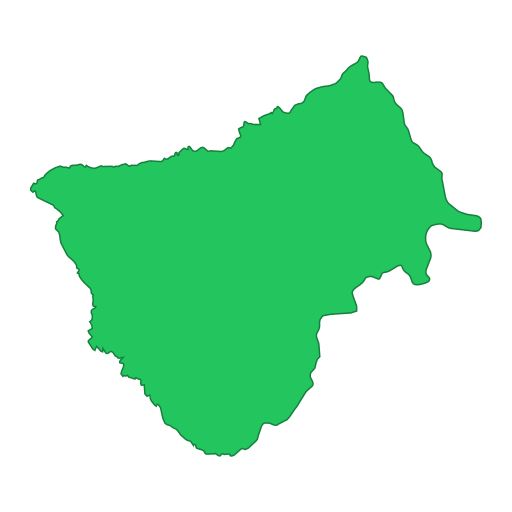 an SVG outline of Bamingui-Bangoran
{"feature_id": "CAF-806", "entity_name": "Bamingui-Bangoran", "entity_type": "Prefecture", "adm_level": 1, "iso_a3": "CAF", "parent_name": "Central African Republic", "parent_adm1": "", "projection": "robinson", "projection_center": [20.535, 8.397], "detail": "fine", "context": "isolated", "style": "filled", "palette": "green", "viewbox_px": 512, "rotation_deg": 0, "n_neighbors": 0, "source": "natural_earth", "source_scale": "10m", "svg_char_len": 5983}
<svg xmlns="http://www.w3.org/2000/svg" viewBox="0 0 512 512"><path d="M277.7,106.5L279.2,107.5L283.0,112.0L285.7,112.9L287.9,113.3L289.0,113.1L289.8,112.7L291.6,109.6L292.5,108.6L294.4,105.7L295.1,105.2L298.4,103.8L300.5,103.6L301.6,103.2L302.3,102.9L303.8,101.5L304.6,100.3L305.6,97.3L306.3,95.8L307.1,94.9L310.0,92.3L314.4,89.3L316.5,88.3L323.3,86.5L329.4,85.8L335.3,83.7L336.5,82.9L340.7,78.7L341.0,78.0L342.0,75.0L342.5,74.1L343.3,73.1L345.9,70.9L348.5,67.9L351.3,65.7L356.5,62.9L358.1,61.5L360.6,56.5L361.3,56.1L362.0,56.0L365.1,56.8L366.2,57.3L366.9,58.4L367.9,61.3L368.0,62.5L367.6,65.3L367.6,67.0L369.1,74.0L369.5,79.8L369.9,80.9L370.5,81.7L371.7,82.3L373.6,82.5L376.8,82.1L380.1,82.2L381.9,82.8L383.0,84.3L385.2,88.0L392.7,95.7L393.2,96.6L394.3,101.2L395.3,102.9L396.6,104.5L401.3,108.7L402.2,110.4L402.9,113.0L404.2,122.6L404.6,124.3L405.4,125.8L407.6,128.6L408.5,130.7L411.2,139.9L411.9,141.5L413.0,142.6L416.4,144.5L417.9,145.6L419.2,147.0L422.4,151.7L424.2,153.4L428.9,156.5L430.3,157.8L431.6,160.3L432.1,162.4L433.1,164.7L434.8,167.1L440.7,171.5L441.9,172.9L442.1,174.3L441.8,178.3L445.4,197.1L446.6,200.5L448.4,203.3L458.0,211.1L460.0,212.1L467.2,214.4L476.8,215.8L478.9,216.8L480.2,217.9L480.9,219.1L481.3,222.5L480.9,227.7L478.5,230.6L475.6,231.3L450.6,228.4L448.3,227.7L443.4,224.7L440.5,223.9L437.7,224.1L435.0,224.6L431.5,225.7L430.6,226.4L429.4,227.7L427.8,229.9L426.7,232.1L425.9,234.7L425.6,237.4L425.7,241.0L425.9,242.1L426.4,243.7L430.5,251.9L431.0,255.0L430.9,256.9L430.6,258.2L426.3,269.3L425.9,271.3L425.9,272.9L426.4,274.5L427.3,275.7L429.0,277.4L429.6,278.5L429.6,279.8L428.5,281.5L425.9,282.8L422.1,284.0L418.5,284.7L415.6,284.7L413.6,283.9L412.3,282.3L410.7,277.8L409.8,275.8L408.6,274.4L405.5,272.1L404.1,270.7L403.1,269.3L401.9,266.2L401.3,265.5L400.2,265.3L397.9,265.8L389.3,271.0L387.0,271.9L383.3,272.6L382.4,273.1L381.7,274.1L380.3,277.5L379.4,278.9L378.3,279.1L372.2,276.6L370.3,276.4L368.2,276.8L365.8,277.6L364.1,280.5L362.7,282.4L360.4,284.4L355.6,287.8L353.3,289.9L352.1,292.4L352.8,295.5L356.6,305.9L356.7,311.0L351.0,312.9L330.6,314.3L322.7,315.8L320.0,319.7L319.5,322.9L319.6,325.6L319.4,327.6L318.9,329.2L316.6,333.8L316.4,335.5L316.5,337.1L318.8,343.6L319.8,356.7L317.3,359.3L316.1,362.7L315.1,367.2L314.6,368.5L310.9,372.5L310.3,374.3L310.2,376.4L310.6,377.7L312.5,381.5L312.9,382.8L313.0,384.2L312.7,385.3L311.9,386.4L307.1,390.6L305.6,392.3L296.8,406.6L294.8,409.1L289.5,416.9L288.7,417.7L287.3,419.5L278.2,424.2L276.8,425.2L274.6,425.1L273.2,424.7L270.2,423.4L269.0,423.1L264.5,423.0L263.0,423.9L261.5,426.1L258.0,436.5L257.5,438.9L256.2,440.8L248.3,448.1L245.4,449.5L242.6,448.6L241.9,448.6L240.6,449.4L234.3,455.0L232.1,455.9L231.2,456.0L230.3,455.7L229.7,454.4L229.0,454.0L224.8,454.3L224.2,454.5L222.7,453.7L221.5,454.3L219.8,456.0L218.0,455.4L215.1,453.4L214.1,454.0L212.0,453.8L208.8,454.1L205.9,454.0L204.6,452.5L203.7,450.6L201.5,449.7L198.9,449.0L196.6,448.1L196.1,447.3L195.7,445.0L194.0,444.5L193.1,444.5L193.1,445.0L190.8,441.5L190.0,441.0L187.4,440.4L184.9,438.7L180.8,435.0L177.2,430.1L175.8,429.0L172.9,427.6L170.0,425.5L166.8,424.6L165.0,423.1L162.9,418.5L160.5,407.6L158.0,404.2L157.5,404.3L157.0,404.8L156.2,406.2L154.7,405.0L151.7,401.4L151.0,400.2L150.4,398.8L149.9,395.3L149.1,395.3L147.1,396.3L144.9,393.9L144.2,384.9L141.4,385.2L140.7,383.8L141.0,380.8L140.5,379.4L139.1,379.3L135.9,377.7L135.3,378.9L134.5,379.0L130.4,377.5L129.1,377.4L127.4,375.3L125.8,376.1L123.8,375.5L122.9,376.4L121.0,373.8L121.8,370.7L123.3,367.4L123.8,364.4L123.1,363.4L119.9,362.9L119.6,361.6L120.6,360.0L123.0,357.4L119.5,358.1L118.0,358.0L116.8,356.5L115.4,356.1L112.9,352.4L111.1,351.4L110.0,351.8L107.8,353.4L106.3,353.4L105.6,352.7L102.9,348.4L102.6,351.8L100.9,351.2L96.7,346.4L95.2,349.3L94.9,350.4L92.9,349.1L88.3,342.0L88.3,340.7L91.5,337.9L92.2,336.5L91.2,335.7L89.2,333.3L88.2,330.8L92.2,328.5L92.0,326.0L90.8,323.3L89.7,321.7L91.5,320.3L92.2,318.8L92.3,315.1L91.5,313.4L91.2,312.0L91.4,310.6L92.4,309.4L94.9,308.1L95.8,306.6L93.3,306.1L92.6,304.4L93.2,300.6L92.8,295.9L93.2,294.7L91.5,293.5L91.2,292.2L91.2,290.7L90.6,288.7L83.9,282.3L81.2,279.1L79.3,276.0L79.2,273.8L77.4,273.2L77.6,272.4L78.7,271.2L79.2,269.9L78.7,269.0L77.0,268.4L76.7,267.3L76.5,265.4L76.3,264.7L73.7,261.1L68.9,257.0L67.0,254.8L60.9,242.9L60.2,239.5L59.8,235.6L58.8,232.1L55.6,229.0L55.5,226.6L56.9,222.6L56.6,221.8L57.8,221.1L59.0,218.8L63.2,215.6L60.6,212.2L56.8,209.0L54.7,207.6L53.6,205.3L38.3,197.9L36.8,196.7L36.2,194.7L35.8,192.3L35.0,190.9L32.9,192.2L30.7,190.2L30.7,188.1L33.7,183.2L34.8,183.8L36.0,183.7L36.9,183.1L37.5,180.2L38.3,179.7L39.3,179.5L41.3,178.2L43.8,177.3L44.3,176.8L44.6,175.7L45.4,174.7L47.3,172.8L50.2,170.5L55.2,167.8L60.3,166.1L63.6,167.3L65.6,167.1L69.0,168.0L69.7,167.8L70.4,166.1L71.9,165.4L77.2,165.1L79.8,164.3L81.0,164.3L82.6,165.2L83.9,166.5L85.2,167.0L86.4,165.3L87.8,166.5L90.0,167.4L92.4,168.1L94.6,168.3L96.3,167.9L101.2,165.8L102.4,166.5L112.2,166.3L113.3,167.0L114.0,167.1L115.2,166.3L118.2,166.4L121.9,164.7L125.8,163.8L129.2,166.3L131.3,165.3L136.9,165.4L138.0,164.8L138.7,164.1L141.7,162.6L144.3,162.3L147.7,161.3L150.4,160.9L161.1,161.6L162.7,160.8L164.3,158.3L166.1,159.3L168.0,158.8L171.3,156.3L174.3,156.1L175.2,153.2L175.6,152.6L176.1,152.4L177.1,152.9L177.5,155.1L178.3,155.3L179.1,154.7L178.8,153.2L179.2,152.4L183.0,148.8L184.0,148.3L185.1,148.5L186.8,149.3L187.9,149.4L188.1,146.9L189.2,146.4L190.2,147.2L191.3,148.9L192.8,150.7L195.0,151.5L196.9,150.8L200.5,148.0L202.4,147.3L203.7,147.7L205.2,148.8L208.1,151.5L210.6,150.8L221.2,151.5L223.6,150.9L227.9,147.7L229.3,147.6L230.8,148.3L233.4,145.2L235.0,141.6L236.8,138.6L240.0,137.4L240.8,135.8L239.5,132.4L238.6,129.0L240.9,127.5L242.5,127.2L243.4,126.3L243.9,124.9L244.0,123.1L244.5,121.6L245.6,121.8L248.4,123.6L251.0,123.6L253.1,124.4L254.0,124.5L260.6,124.5L258.9,118.5L264.1,115.6L269.9,113.6L271.1,112.5L272.1,113.6L273.2,112.2L274.5,109.1L276.5,108.2L277.2,106.9L277.7,106.5Z" fill="#22c55e" stroke="#15803d" stroke-width="1.5"/></svg>